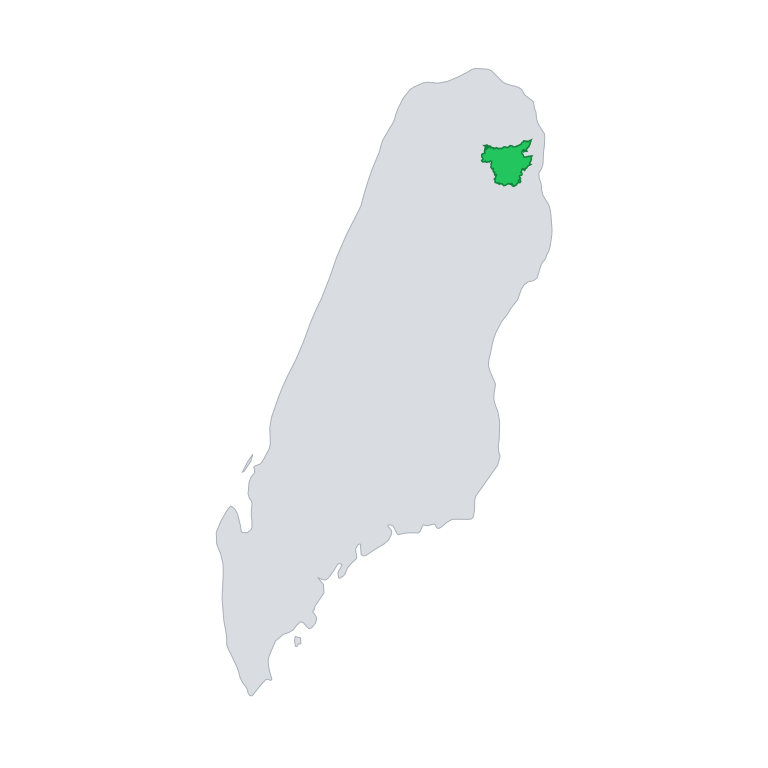 Betioky Atsimo, Atsimo-Andrefana, Madagascar shown in context, rotated 186°
{"feature_id": "10022922B63491232053463", "entity_name": "Betioky Atsimo", "entity_type": "district", "adm_level": 2, "iso_a3": "MDG", "parent_name": "Madagascar", "parent_adm1": "Atsimo-Andrefana", "projection": "robinson", "projection_center": [44.506, -23.693], "detail": "fine", "context": "in_parent", "style": "filled", "palette": "green", "viewbox_px": 768, "rotation_deg": 186, "n_neighbors": 0, "source": "geoboundaries", "source_scale": "gbopen_adm2", "svg_char_len": 8916}
<svg xmlns="http://www.w3.org/2000/svg" viewBox="0 0 768 768"><g transform="rotate(186 384 384)"><path d="M496.4,77.0L498.3,82.1L500.5,86.9L507.5,98.5L510.5,103.0L513.0,107.8L514.2,117.3L518.6,132.1L522.7,154.3L523.9,177.0L525.1,187.5L528.4,197.3L533.7,207.5L535.3,218.9L531.9,230.5L527.1,241.6L525.9,243.6L523.6,246.5L522.6,246.3L518.8,243.5L515.8,238.8L511.9,227.9L510.5,222.3L508.9,221.4L504.3,221.9L500.9,225.4L500.3,227.6L501.0,233.7L502.2,239.3L502.7,244.9L502.8,252.0L504.0,254.2L505.8,256.0L507.7,260.6L507.9,271.7L506.7,277.3L503.4,282.1L503.6,284.8L504.8,287.5L503.6,289.1L499.3,291.2L497.5,293.1L495.2,298.0L491.3,307.9L490.8,313.0L493.0,328.5L492.3,339.5L487.4,360.5L484.5,370.5L480.6,382.4L474.5,398.1L468.4,417.9L463.3,438.2L459.5,450.4L455.2,462.4L449.3,483.6L444.3,505.2L436.9,528.9L426.7,555.4L425.6,558.8L423.4,572.3L421.1,584.0L418.4,595.7L412.7,614.9L412.0,620.8L410.7,626.5L405.3,638.5L403.0,643.0L401.3,647.7L400.4,653.7L398.8,659.6L394.8,670.3L388.9,679.5L384.9,682.8L376.2,687.7L371.8,688.7L362.1,688.8L352.7,691.5L342.8,696.9L333.4,703.0L329.8,705.9L325.8,707.5L313.3,707.9L309.6,706.6L297.2,696.5L292.3,694.9L283.2,693.5L280.4,692.6L277.9,691.3L274.2,686.1L266.8,681.7L265.1,680.3L264.0,677.2L263.2,673.9L261.3,670.2L259.9,663.2L257.5,658.3L250.7,649.7L250.0,646.9L249.4,637.7L249.6,631.5L248.9,620.1L249.7,614.7L252.1,609.9L251.1,604.7L248.5,599.2L247.6,593.5L245.7,588.3L238.6,579.0L236.9,574.4L235.7,569.7L233.0,554.9L232.7,549.7L233.1,538.8L234.0,533.2L235.8,529.3L236.2,526.4L237.3,523.9L239.0,521.9L240.1,519.5L242.8,505.5L246.1,502.4L251.2,500.7L255.2,497.0L257.5,492.1L259.8,482.0L266.1,471.9L268.3,466.6L273.4,458.6L277.9,447.4L279.3,442.1L280.3,436.7L281.4,424.8L282.3,418.9L282.1,413.0L279.5,407.0L273.3,396.0L273.1,394.0L273.6,385.8L273.1,379.9L270.8,374.1L267.9,368.6L265.0,358.2L263.6,341.2L263.9,335.0L263.1,329.5L261.0,324.3L262.5,315.2L281.0,282.1L281.6,278.2L280.8,268.1L281.2,262.2L281.8,260.1L283.2,258.8L286.4,258.2L301.4,256.7L303.3,255.7L307.1,252.9L312.2,247.5L314.6,246.0L316.6,246.5L317.9,248.9L319.6,250.1L325.6,247.7L327.9,247.6L330.3,248.0L331.4,245.8L332.1,242.7L333.0,240.6L334.6,239.4L342.4,238.8L347.3,237.9L353.8,235.8L355.1,236.2L360.3,243.8L361.9,244.4L363.9,244.7L365.7,243.4L361.5,239.4L360.8,237.2L361.1,234.6L363.3,229.2L367.1,225.0L375.5,218.7L384.2,211.4L386.8,210.9L388.9,212.0L390.5,220.6L390.3,222.1L391.7,222.3L393.3,221.2L394.8,217.7L394.8,214.8L393.7,212.1L393.1,209.7L393.1,207.5L397.5,202.5L401.0,197.6L402.6,191.8L404.0,189.1L407.7,186.1L408.8,186.6L409.6,189.0L410.1,191.6L409.1,194.2L407.8,196.7L407.2,200.1L409.3,200.8L411.3,200.0L414.1,193.8L417.4,188.0L419.3,185.0L421.8,182.9L425.8,183.3L429.8,184.6L423.4,178.5L421.8,170.1L429.5,155.6L429.6,152.5L430.7,151.6L431.2,150.4L427.2,145.5L426.5,143.1L427.0,139.4L428.9,136.1L430.7,133.8L433.1,132.9L435.0,134.2L439.3,138.2L442.1,138.9L445.6,135.0L448.5,130.1L452.8,126.8L457.6,124.8L465.0,117.2L469.9,101.2L470.3,96.6L469.2,91.0L467.5,85.6L464.7,78.9L465.5,77.4L469.5,78.3L470.9,77.4L475.3,71.5L482.5,60.1L484.9,60.1L486.9,62.3L487.7,65.4L489.1,67.6L494.0,73.0L496.4,77.0ZM445.9,121.8L445.9,123.5L440.4,122.8L439.5,116.8L442.2,116.6L442.8,114.1L444.5,113.8L446.2,119.2L445.9,121.8ZM511.8,291.7L507.1,300.5L508.4,293.2L514.0,282.6L515.5,281.7L511.8,291.7Z" fill="#d9dde1" stroke="#a8b0b8" stroke-width="1"/><path d="M291.0,595.1L290.9,595.3L290.8,595.2L290.7,595.3L290.7,595.1L290.4,594.9L290.3,595.0L290.0,594.8L289.5,595.5L289.3,595.5L288.7,595.2L287.9,595.3L287.7,595.5L287.0,595.1L286.0,594.0L285.7,593.8L285.5,593.7L284.8,594.0L284.5,594.1L283.9,594.3L283.5,594.7L283.0,595.1L282.7,595.4L282.2,595.7L281.7,595.7L281.3,596.2L280.8,596.4L280.2,596.3L280.0,596.0L279.9,595.9L279.5,595.8L279.4,595.8L279.3,596.0L279.0,596.1L278.9,596.2L278.0,595.4L278.0,596.3L277.8,596.7L277.7,596.6L277.3,596.0L276.8,595.6L276.9,595.4L276.6,595.1L276.4,594.8L276.4,594.4L276.4,594.2L275.9,594.0L275.7,593.8L275.7,593.6L275.5,594.1L275.1,594.8L274.2,595.0L273.8,595.2L273.5,595.5L273.3,595.9L272.8,596.4L272.7,597.0L271.9,597.9L271.7,598.5L269.9,598.4L269.4,599.1L269.2,599.8L269.7,601.0L269.9,601.1L270.1,601.1L270.3,601.0L271.5,600.0L271.4,600.7L271.2,600.8L271.0,601.3L270.7,601.6L270.2,602.2L269.8,602.5L269.6,602.8L269.8,603.1L270.2,603.2L270.4,603.3L270.7,604.0L271.0,604.3L271.1,605.0L270.8,605.4L270.0,605.6L269.1,606.0L268.9,606.2L268.6,606.7L268.6,607.0L268.7,607.5L269.0,608.3L269.3,608.7L269.8,608.7L269.9,609.0L269.7,609.8L269.5,610.1L269.3,610.6L269.2,611.1L269.2,611.5L268.9,611.7L268.9,611.8L269.3,611.9L269.3,612.1L269.2,612.3L268.8,612.6L268.4,612.5L268.2,612.2L267.7,611.9L267.4,612.1L267.3,612.3L267.2,612.5L266.8,612.3L266.8,612.2L267.0,611.6L266.9,611.2L266.7,611.0L266.4,611.1L266.3,611.3L265.8,612.6L265.6,613.4L265.0,613.5L264.7,613.8L264.3,614.6L264.1,614.9L264.0,615.3L263.9,615.6L262.6,616.6L262.3,616.7L262.0,617.0L261.6,617.2L261.3,617.3L261.0,617.6L261.3,617.6L261.4,617.8L261.5,617.8L261.5,617.6L262.1,617.8L262.1,618.0L262.0,618.3L262.1,618.5L262.0,618.8L262.1,619.0L262.3,619.3L262.0,619.6L261.8,620.2L261.4,620.8L261.1,621.5L261.1,622.1L260.9,623.1L261.2,624.1L261.3,624.4L261.3,624.8L261.1,625.5L260.6,626.3L260.8,626.3L261.8,626.1L262.6,625.7L263.0,625.6L264.1,625.6L264.4,625.4L265.7,624.9L267.9,624.2L268.4,624.4L268.8,624.7L269.4,626.2L269.8,626.6L270.0,626.9L270.9,627.5L271.1,628.0L271.1,628.5L271.0,629.3L270.6,630.5L270.4,630.9L270.2,631.1L269.9,631.2L269.2,629.6L269.0,629.9L268.8,630.5L268.8,630.8L269.3,631.2L269.2,631.6L268.8,631.5L268.7,631.3L268.1,630.6L267.7,630.3L267.0,630.2L266.3,630.3L266.1,630.4L266.7,631.3L267.1,631.6L266.8,631.8L266.7,632.0L266.7,632.3L266.7,632.7L266.5,633.3L266.4,633.5L265.9,633.5L265.8,633.8L265.8,634.1L265.4,634.6L264.8,634.9L264.7,635.1L264.8,635.3L264.6,636.0L264.3,636.7L264.1,637.3L263.8,638.0L263.9,638.4L263.7,638.9L263.8,639.2L263.8,639.5L263.5,640.0L263.3,641.1L263.5,641.7L263.4,641.9L263.9,641.6L264.5,641.5L265.3,640.7L265.5,640.2L265.8,640.0L266.0,640.0L266.7,640.5L266.8,640.4L267.1,639.9L267.3,639.8L267.7,640.2L268.1,640.4L268.2,640.5L268.7,640.4L268.8,640.1L269.2,640.3L269.4,640.4L269.8,640.5L270.4,640.5L270.9,639.4L271.6,638.8L272.0,638.3L272.2,638.2L272.6,637.4L272.6,637.1L272.8,636.8L274.1,635.9L274.8,635.6L275.6,635.0L276.1,634.8L276.3,634.4L276.5,634.4L276.7,634.6L277.2,634.2L278.5,633.5L279.1,633.3L280.3,633.4L280.6,633.5L281.0,634.0L281.7,634.3L283.7,634.2L284.1,633.8L284.1,633.6L284.1,633.3L284.1,633.1L284.4,632.9L284.8,632.9L285.2,632.7L285.8,631.9L286.6,632.2L287.1,632.2L287.6,632.1L288.0,632.5L288.3,632.5L288.4,632.4L288.9,632.5L290.0,632.1L290.3,631.5L290.6,631.2L291.1,631.1L291.5,630.5L292.4,630.4L292.8,630.6L293.7,630.4L294.1,630.2L294.6,629.7L295.0,629.9L295.5,630.5L296.5,630.6L296.6,630.8L296.8,630.9L297.2,630.8L297.6,630.4L298.0,630.1L298.4,630.1L298.6,629.4L298.8,629.3L299.1,629.2L299.3,629.3L299.5,630.0L299.7,630.3L300.3,630.1L300.6,630.3L300.9,630.3L301.1,630.5L301.4,630.5L301.8,630.1L302.1,630.0L302.2,630.5L302.4,630.9L302.8,631.3L302.9,631.0L302.9,630.6L303.0,630.5L303.3,630.6L303.4,631.1L303.2,631.1L303.1,631.4L304.6,631.8L305.3,631.7L305.6,631.3L305.4,630.8L305.0,630.4L305.4,630.1L305.2,629.9L305.8,629.6L306.2,629.2L306.3,629.0L306.3,628.8L306.7,628.3L307.0,628.0L307.5,627.7L307.9,627.8L307.7,628.7L306.6,628.6L306.5,628.8L307.2,629.0L307.2,629.4L306.4,629.8L305.7,630.0L305.9,630.3L306.3,630.0L306.3,630.8L307.1,630.8L307.1,631.5L306.4,631.5L306.3,631.8L306.9,631.9L307.2,631.7L307.0,632.3L308.0,631.8L309.3,631.6L307.9,630.7L308.1,629.0L308.2,628.6L308.3,627.2L308.4,626.8L308.4,626.7L308.1,626.7L308.4,625.9L308.3,625.7L308.1,625.3L308.0,625.0L308.1,624.7L308.0,624.4L308.1,624.2L308.0,623.9L308.5,623.8L309.3,623.6L309.8,623.4L310.6,622.7L310.8,621.8L310.5,620.8L310.5,620.1L309.6,619.1L309.2,618.7L309.1,618.1L309.2,617.7L309.5,617.4L310.2,616.7L310.3,616.3L309.6,615.6L308.8,615.1L308.3,615.2L307.8,615.6L307.4,615.5L307.1,615.6L306.4,615.8L306.3,616.1L305.6,615.3L305.3,615.2L304.7,615.3L304.1,615.6L303.7,615.9L302.6,615.8L302.2,615.9L302.0,616.3L301.9,616.6L301.7,616.9L300.9,617.0L300.5,616.8L300.3,616.1L300.0,615.7L300.0,615.2L300.2,614.6L300.6,614.2L300.4,613.4L300.3,613.2L300.3,612.9L300.2,612.4L300.3,611.7L300.4,611.4L300.4,610.9L300.3,610.7L300.2,610.5L299.9,610.4L299.7,610.1L299.3,609.3L299.2,609.2L298.6,609.1L298.1,609.9L297.8,609.7L297.8,609.4L298.0,608.8L297.7,608.6L297.6,608.3L297.8,607.5L297.8,607.2L297.4,606.8L297.3,606.5L297.1,606.3L296.7,606.3L296.3,606.4L295.9,606.1L295.9,605.5L296.2,604.8L295.9,604.5L295.9,604.0L295.8,603.6L295.4,603.3L294.7,604.1L294.4,604.1L294.0,604.0L293.9,603.4L294.5,602.5L294.6,600.9L294.8,600.5L295.7,599.6L295.8,599.4L295.7,599.2L295.5,598.8L295.0,598.7L294.7,598.3L294.5,597.3L294.7,597.0L294.8,596.8L294.8,596.6L294.7,596.3L294.1,596.0L293.2,595.7L292.5,595.6L292.4,595.8L292.0,595.9L291.8,595.6L291.5,595.6L291.5,595.3L291.0,595.1Z" fill="#22c55e" stroke="#15803d" stroke-width="1.5"/></g></svg>